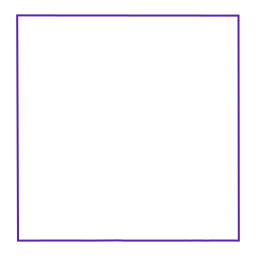 Harlan, Nebraska, United States of America (Equal Earth projection)
{"feature_id": "52423323B42247307732107", "entity_name": "Harlan", "entity_type": "district", "adm_level": 2, "iso_a3": "USA", "parent_name": "United States of America", "parent_adm1": "Nebraska", "projection": "equal_earth", "projection_center": [-99.371, 40.176], "detail": "fine", "context": "isolated", "style": "outline", "palette": "violet", "viewbox_px": 256, "rotation_deg": 0, "n_neighbors": 0, "source": "geoboundaries", "source_scale": "gbopen_adm2", "svg_char_len": 403}
<svg xmlns="http://www.w3.org/2000/svg" viewBox="0 0 256 256"><path d="M238.5,15.6L17.2,15.4L18.0,240.6L19.1,240.6L19.4,240.6L80.2,240.5L81.5,240.6L82.2,240.6L84.3,240.6L90.5,240.6L118.6,240.4L124.0,240.6L128.6,240.6L184.0,240.6L185.9,240.5L187.8,240.6L202.0,240.5L203.8,240.6L220.5,240.5L229.7,240.5L234.0,240.5L235.0,240.6L238.8,240.6L238.5,15.6Z" fill="none" stroke="#5b21b6" stroke-width="2"/></svg>